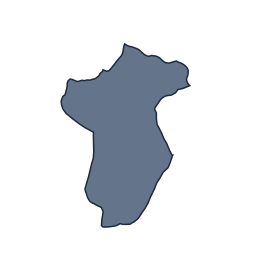 Lingmukha, Punakha, Bhutan, rotated 139°
{"feature_id": "84629894B76511771149478", "entity_name": "Lingmukha", "entity_type": "district", "adm_level": 2, "iso_a3": "BTN", "parent_name": "Bhutan", "parent_adm1": "Punakha", "projection": "robinson", "projection_center": [89.91, 27.547], "detail": "fine", "context": "isolated", "style": "filled", "palette": "slate", "viewbox_px": 256, "rotation_deg": 139, "n_neighbors": 0, "source": "geoboundaries", "source_scale": "gbopen_adm2", "svg_char_len": 2309}
<svg xmlns="http://www.w3.org/2000/svg" viewBox="0 0 256 256"><g transform="rotate(139 128 128)"><path d="M75.3,193.7L77.0,192.7L79.3,191.0L81.2,189.3L83.4,187.8L85.9,186.8L88.7,186.5L93.4,185.7L97.5,184.8L98.7,184.6L99.4,184.5L101.2,184.2L104.3,183.7L106.8,184.7L108.7,188.3L109.8,187.7L110.8,187.4L111.8,187.5L112.7,187.6L113.6,187.3L114.9,186.9L115.7,186.5L116.8,186.5L117.9,186.6L119.3,186.6L120.2,186.8L121.6,187.3L122.9,188.2L123.7,188.5L124.3,188.6L125.2,189.0L127.3,191.0L127.9,191.4L129.2,192.0L129.8,192.4L130.5,193.1L131.0,193.8L131.7,194.3L132.4,194.7L134.6,195.6L136.0,196.6L138.1,201.0L139.6,203.0L142.7,202.8L144.4,201.7L147.0,199.0L150.4,196.6L152.2,195.4L153.7,194.4L156.5,194.6L161.0,192.0L163.3,188.4L164.7,184.8L165.2,179.1L165.0,178.4L163.8,171.8L163.7,170.9L162.0,163.0L160.3,156.8L156.8,147.5L160.2,143.7L162.0,141.5L165.1,137.8L166.4,136.2L169.5,132.4L172.5,129.5L174.1,127.9L179.1,124.7L179.8,124.2L183.9,121.3L189.6,117.2L192.3,115.5L195.9,113.2L200.3,110.3L201.6,108.2L202.5,105.8L204.1,102.1L204.6,99.8L204.9,97.5L204.0,94.3L203.2,93.1L202.2,89.9L200.8,86.9L200.3,85.1L200.8,83.9L201.8,80.9L202.5,80.4L206.7,76.9L207.4,76.4L212.1,71.7L211.9,69.9L210.4,68.4L206.8,65.6L202.9,63.1L200.4,61.8L196.7,61.0L195.0,58.5L191.9,55.9L189.6,54.1L186.9,53.6L184.6,53.2L180.6,53.0L177.3,53.7L171.3,55.4L167.8,56.2L162.2,58.2L157.5,60.6L156.8,61.0L155.5,61.5L147.4,65.0L142.6,67.6L137.0,69.2L130.6,71.5L123.7,71.8L119.7,73.8L112.0,78.2L112.6,78.6L111.3,83.9L109.0,90.8L108.0,96.0L106.0,102.3L104.7,107.1L103.7,111.7L100.4,116.5L96.7,120.7L95.6,124.7L94.3,125.6L92.8,126.0L85.1,128.0L83.8,128.2L82.6,128.2L81.8,128.1L79.8,127.8L78.4,127.3L77.2,126.8L73.7,124.4L68.9,123.4L65.1,124.3L60.6,121.8L53.6,119.4L53.8,121.4L53.3,123.6L52.7,125.1L51.9,126.3L51.1,127.1L50.4,127.5L49.1,128.0L48.0,128.8L46.9,129.7L45.8,131.0L45.0,131.7L44.5,132.7L44.0,134.3L43.9,135.9L44.1,138.2L45.1,141.6L47.0,145.1L47.5,146.7L48.4,147.3L51.0,148.5L52.4,149.1L53.9,149.7L55.2,150.8L56.0,151.7L56.8,152.8L57.2,153.7L57.8,156.1L58.0,158.6L58.3,160.9L59.6,163.7L60.4,164.7L61.0,165.4L62.8,167.4L64.3,167.9L65.6,168.8L66.6,170.4L67.3,172.2L67.7,174.3L68.1,177.4L68.4,179.8L68.9,181.3L69.9,183.3L71.2,185.6L72.6,187.8L73.3,188.6L74.3,190.2L74.9,192.1L75.3,193.7Z" fill="#64748b" stroke="#1e293b" stroke-width="1.5"/></g></svg>